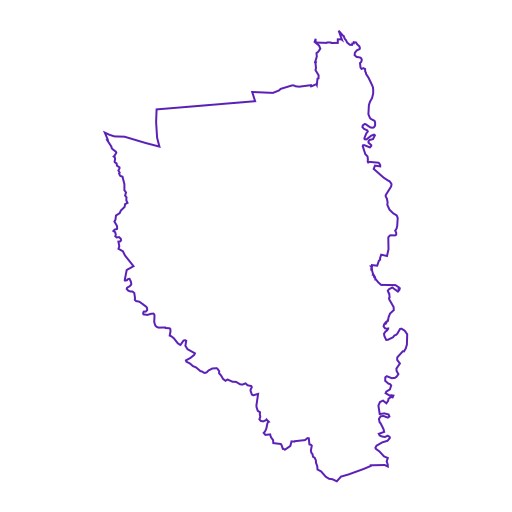 Axochiapan, Morelos, Mexico (Albers equal-area conic projection)
{"feature_id": "50627088B14016232741468", "entity_name": "Axochiapan", "entity_type": "district", "adm_level": 2, "iso_a3": "MEX", "parent_name": "Mexico", "parent_adm1": "Morelos", "projection": "albers", "projection_center": [-98.745, 18.524], "detail": "fine", "context": "isolated", "style": "outline", "palette": "violet", "viewbox_px": 512, "rotation_deg": 0, "n_neighbors": 0, "source": "geoboundaries", "source_scale": "gbopen_adm2", "svg_char_len": 6048}
<svg xmlns="http://www.w3.org/2000/svg" viewBox="0 0 512 512"><path d="M356.1,42.5L353.8,42.2L353.8,43.4L352.3,43.5L352.0,44.9L349.8,44.8L347.1,42.5L346.0,40.2L344.9,39.0L343.6,35.9L342.8,35.5L338.7,30.7L341.9,39.7L341.4,39.3L337.8,39.3L337.8,42.9L331.4,43.0L330.9,42.5L328.0,42.4L327.1,42.5L326.7,42.9L317.3,42.6L315.5,42.0L315.7,38.8L314.6,41.9L319.1,45.6L320.3,48.7L318.2,51.8L316.5,53.1L316.8,56.6L315.1,62.2L315.9,62.3L315.5,63.5L316.0,68.0L315.5,70.1L318.6,75.3L318.5,78.4L317.5,78.7L316.8,84.8L316.5,84.1L311.5,86.3L311.0,86.3L311.0,85.2L310.7,85.2L299.2,86.7L295.7,86.3L293.7,85.4L292.1,85.4L280.6,88.9L279.1,90.4L272.9,92.9L252.2,92.0L255.1,101.2L156.6,109.4L156.1,122.0L157.1,137.7L159.4,146.6L145.6,143.0L124.5,136.7L114.4,136.4L109.5,134.8L104.8,132.6L107.8,139.8L107.1,140.0L111.4,146.6L111.6,147.9L112.5,149.1L115.9,151.7L116.3,152.7L114.6,155.6L113.7,156.5L114.8,157.3L115.1,158.9L114.6,161.6L114.8,162.3L116.6,163.4L116.9,165.6L119.5,167.4L119.5,168.4L118.4,170.5L119.7,172.7L119.1,173.6L119.7,175.0L120.3,175.9L122.5,176.7L124.4,184.2L124.4,190.2L126.0,192.5L125.1,195.6L126.5,197.3L126.3,200.3L127.5,202.9L125.1,204.1L124.6,206.9L120.9,210.5L119.6,213.2L116.0,215.5L115.4,219.9L114.4,221.5L116.9,225.8L117.2,228.0L117.0,229.0L114.7,229.6L113.4,231.0L115.2,232.2L115.8,234.6L115.3,236.3L116.7,237.5L119.0,237.1L120.7,238.6L121.1,240.2L120.3,241.4L118.4,241.6L119.3,246.1L118.5,248.8L122.9,251.3L125.0,255.5L133.5,266.2L126.7,270.0L124.7,280.2L125.0,280.6L126.9,280.3L127.6,279.3L129.5,278.8L130.9,281.7L131.3,284.0L131.0,284.9L129.6,286.3L127.1,287.7L126.7,289.0L128.3,290.7L130.5,291.5L132.5,291.5L134.3,293.1L135.0,298.0L134.8,299.8L136.1,301.1L139.4,301.7L146.3,306.8L147.0,307.9L147.2,310.1L145.7,311.6L143.7,311.6L143.1,313.2L143.5,314.4L147.4,314.9L151.0,313.8L153.5,313.6L154.3,314.5L154.5,316.2L154.2,321.8L155.0,324.7L155.7,326.0L156.9,327.0L158.6,327.6L165.3,327.5L165.6,328.0L169.6,328.3L170.3,329.0L170.5,331.3L169.7,335.6L171.2,336.2L173.9,338.3L177.7,343.2L179.5,344.5L180.5,344.9L183.5,340.6L185.1,340.2L186.2,340.8L185.4,345.8L187.5,349.2L194.9,353.3L194.3,354.8L190.5,357.9L185.9,360.4L186.4,361.7L190.1,363.6L192.9,366.1L196.2,367.5L200.5,371.2L201.8,371.4L204.3,372.9L205.4,372.9L206.7,372.3L208.5,370.5L212.3,368.5L216.6,368.2L217.4,368.7L219.2,371.2L219.1,373.3L221.0,375.4L223.1,379.0L225.5,380.8L227.5,379.5L232.4,381.7L236.1,381.9L240.1,384.3L242.3,384.6L245.6,383.4L247.6,385.3L251.2,386.0L251.8,387.1L250.6,389.7L250.5,390.6L251.9,394.6L253.2,395.3L258.1,393.9L256.4,405.5L256.6,407.4L257.8,410.9L260.0,412.2L259.8,414.2L260.3,416.7L259.4,419.3L260.7,420.9L263.2,421.4L266.2,420.1L266.5,419.5L268.8,421.8L268.1,422.1L267.4,423.4L266.3,428.7L265.0,431.5L263.7,432.9L265.4,434.9L270.1,434.4L271.0,437.3L273.1,440.1L273.3,443.1L280.8,444.0L281.7,445.4L282.8,448.8L283.3,448.7L284.9,449.7L290.3,446.0L291.5,441.4L294.5,441.6L294.7,441.2L305.0,440.1L307.5,438.1L308.8,438.3L309.4,444.4L311.0,444.8L311.8,445.7L310.9,450.3L311.3,452.7L312.5,454.1L313.0,456.7L314.7,457.8L315.9,460.5L316.0,462.8L317.2,466.0L317.5,469.5L321.1,471.4L325.7,476.7L329.1,478.8L332.4,479.2L336.8,481.3L341.0,476.6L348.4,474.5L363.8,468.9L370.7,466.0L370.7,465.3L384.6,465.0L387.8,466.5L387.7,464.4L386.7,461.4L387.8,458.0L384.0,456.4L379.5,451.5L375.7,448.7L375.4,447.8L376.5,445.7L382.4,442.3L387.5,440.8L389.9,437.9L389.5,436.8L387.7,435.7L384.9,437.0L381.6,436.4L379.7,435.5L378.8,433.8L384.2,431.9L383.5,429.1L380.5,423.1L379.7,422.5L378.9,419.0L380.6,416.3L383.5,416.0L387.9,417.6L389.4,416.5L388.6,414.5L384.4,413.4L379.7,414.0L378.4,405.6L380.0,402.0L383.0,400.6L386.4,403.3L388.1,400.8L388.5,398.8L390.9,397.0L392.6,397.4L393.4,395.6L391.2,395.2L389.9,395.7L385.6,393.2L386.3,391.6L389.9,389.4L391.2,385.4L389.9,384.0L388.5,383.7L385.2,380.8L385.3,377.3L386.8,376.2L391.8,378.2L394.9,377.9L396.6,376.7L398.4,374.1L396.6,371.0L396.4,368.6L399.9,363.5L397.2,360.0L397.2,357.9L397.5,357.1L402.8,351.3L404.0,351.4L405.8,348.3L406.9,344.6L407.2,334.2L404.7,330.7L401.6,328.7L400.1,328.9L397.3,333.7L396.0,334.9L394.4,335.5L393.0,337.3L387.8,339.8L386.2,339.9L384.4,336.1L384.0,333.8L385.4,331.6L386.8,330.7L388.2,328.8L388.2,328.5L386.8,328.8L385.0,328.3L383.6,326.4L384.1,324.4L384.8,323.5L384.8,323.9L385.7,323.8L387.7,320.2L388.0,320.4L388.6,317.2L390.0,313.6L393.8,310.1L393.6,307.0L389.3,299.5L389.0,298.1L389.6,297.3L389.2,293.4L388.8,293.3L387.8,290.8L389.0,289.2L392.3,287.5L397.9,291.6L399.3,290.0L399.7,288.6L398.6,288.7L398.9,287.4L395.4,285.1L381.1,284.9L378.3,282.4L375.8,279.3L375.3,279.4L375.1,277.6L374.6,277.4L374.9,277.0L374.2,275.9L373.9,276.1L373.7,275.7L374.0,275.5L373.3,274.3L372.9,274.4L373.0,273.9L371.8,269.6L371.3,269.6L371.3,268.7L371.9,268.7L371.6,267.2L371.0,266.4L372.0,266.4L372.0,265.1L377.2,265.7L378.9,260.7L380.1,259.7L380.1,258.0L381.2,254.7L387.0,256.0L388.5,249.2L388.3,237.8L388.5,237.0L390.2,235.3L395.1,235.4L396.2,234.7L396.2,232.7L395.2,230.7L396.5,228.7L397.2,225.9L397.7,218.0L396.7,215.4L393.3,213.4L389.5,209.7L387.3,204.8L387.6,202.4L386.9,198.7L385.7,196.4L385.7,195.2L391.1,186.5L391.5,184.5L391.3,183.6L389.4,181.1L388.6,180.9L383.7,177.7L373.7,168.9L375.0,165.6L380.2,166.4L380.2,165.1L379.2,163.3L378.4,162.7L369.6,161.9L368.2,162.5L367.7,161.7L367.9,159.3L367.5,156.4L365.3,154.1L362.7,146.1L363.1,145.2L364.5,145.2L369.9,147.4L371.2,146.0L371.3,145.2L368.5,142.7L368.5,141.3L369.5,140.0L373.0,139.1L374.9,135.3L374.0,134.6L371.2,135.7L366.5,139.4L364.8,139.3L364.4,138.8L364.5,137.8L366.4,133.3L367.8,131.5L367.3,130.4L363.9,128.8L362.4,127.0L362.8,125.4L364.7,124.0L365.5,124.1L370.3,127.4L372.0,127.7L373.4,127.6L374.1,127.1L375.1,125.5L375.1,122.4L374.5,120.8L371.0,119.0L369.9,117.9L368.4,114.2L368.9,105.1L370.0,101.7L372.1,98.0L373.2,93.3L373.2,90.4L373.0,87.6L372.2,85.4L368.5,77.7L366.1,74.0L365.9,72.6L365.2,71.5L365.1,69.0L363.4,68.2L361.5,68.9L360.5,67.5L360.0,63.1L361.2,62.0L361.8,59.8L361.2,58.3L360.1,57.5L356.5,56.9L354.6,55.1L354.9,52.7L356.9,50.3L359.6,49.1L359.9,48.0L359.3,46.2L357.2,44.4L356.1,42.5Z" fill="none" stroke="#5b21b6" stroke-width="2"/></svg>